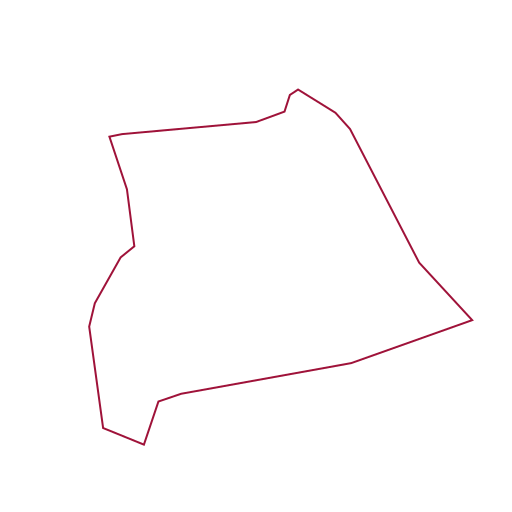 Rogašovci, Equal Earth projection, rotated 75°
{"feature_id": "SVN-931", "entity_name": "Rogašovci", "entity_type": "Municipality", "adm_level": 1, "iso_a3": "SVN", "parent_name": "Slovenia", "parent_adm1": "", "projection": "equal_earth", "projection_center": [16.013, 46.801], "detail": "fine", "context": "isolated", "style": "outline", "palette": "rose", "viewbox_px": 512, "rotation_deg": 75, "n_neighbors": 0, "source": "natural_earth", "source_scale": "10m", "svg_char_len": 428}
<svg xmlns="http://www.w3.org/2000/svg" viewBox="0 0 512 512"><g transform="rotate(75 256 256)"><path d="M292.9,102.7L304.7,100.1L373.9,63.8L384.1,191.8L369.7,364.0L371.3,387.9L409.2,413.1L382.6,448.2L281.0,435.4L259.9,423.9L222.3,387.1L215.1,371.0L158.2,363.4L102.8,366.7L103.6,353.8L126.6,221.3L123.9,191.1L109.2,181.6L106.1,172.3L138.2,142.2L157.7,132.3L292.9,102.7Z" fill="none" stroke="#9f1239" stroke-width="2"/></g></svg>